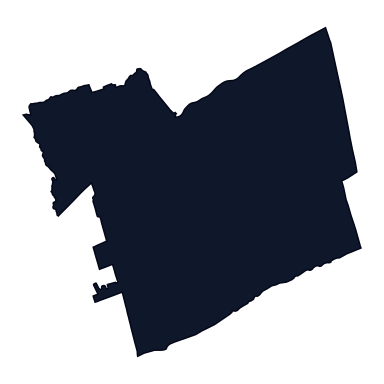 Bac Lieu, Bạc Liêu, Vietnam
{"feature_id": "81297802B6284379291034", "entity_name": "Bac Lieu", "entity_type": "district", "adm_level": 2, "iso_a3": "VNM", "parent_name": "Vietnam", "parent_adm1": "Bạc Liêu", "projection": "orthographic", "projection_center": [105.722, 9.268], "detail": "fine", "context": "isolated", "style": "filled", "palette": "ink", "viewbox_px": 384, "rotation_deg": 0, "n_neighbors": 0, "source": "geoboundaries", "source_scale": "gbopen_adm2", "svg_char_len": 5713}
<svg xmlns="http://www.w3.org/2000/svg" viewBox="0 0 384 384"><path d="M361.0,248.0L360.3,246.2L355.8,230.1L354.2,225.0L351.2,216.1L348.0,205.1L346.1,199.7L343.6,187.6L341.6,180.6L343.5,180.1L347.7,177.9L356.9,171.9L355.4,163.0L355.3,162.4L352.5,150.1L349.9,137.1L348.9,131.2L348.5,129.2L342.7,98.3L340.1,86.0L337.8,75.8L330.6,42.4L329.8,40.7L325.5,27.7L310.2,35.8L300.9,41.1L298.8,42.4L287.3,48.7L280.1,53.0L260.0,64.0L253.6,67.4L246.5,70.9L243.7,72.8L240.7,75.4L239.3,76.9L238.0,78.1L237.2,78.7L236.3,79.3L235.1,79.8L233.8,80.3L232.7,80.5L227.9,80.9L226.9,81.1L225.6,81.5L224.0,82.2L222.9,82.8L221.0,84.1L217.2,86.9L215.7,88.4L211.9,92.7L210.5,94.0L209.2,95.1L206.9,96.6L202.5,98.4L201.7,98.8L198.0,101.3L196.6,101.9L195.1,102.4L192.4,102.9L191.4,103.2L189.4,104.3L187.5,106.1L185.0,108.8L184.2,110.0L183.1,112.4L182.6,113.2L182.1,114.1L181.5,114.8L180.0,116.1L177.9,116.9L175.6,117.4L175.5,114.2L176.3,113.7L175.2,112.5L173.6,113.4L172.8,112.4L171.9,111.8L171.5,111.2L171.3,111.3L171.2,111.3L165.9,104.7L158.6,95.8L158.3,95.3L154.4,90.4L153.6,89.5L152.4,89.6L151.8,88.3L151.0,86.2L150.3,84.1L149.6,80.9L149.0,79.6L148.5,78.0L147.9,75.6L147.9,75.0L146.9,73.8L146.3,73.0L145.7,72.0L145.2,71.8L143.3,71.1L142.5,70.6L140.7,68.8L140.2,68.6L139.7,68.6L138.3,68.9L137.2,69.0L136.9,69.4L136.8,69.8L136.7,71.2L136.5,71.9L135.7,72.8L135.0,73.2L134.0,74.1L133.0,75.2L132.6,75.5L132.1,75.6L131.3,75.5L130.7,75.5L130.2,75.8L129.6,76.4L128.1,78.9L126.8,80.2L126.1,81.1L125.4,83.0L124.9,85.2L124.6,85.5L124.1,85.8L123.6,85.9L122.1,85.8L120.6,85.8L119.7,86.0L115.7,87.6L115.4,84.8L114.1,84.8L112.4,85.0L111.6,83.8L107.2,85.4L103.4,87.1L103.9,88.9L96.5,91.3L92.0,92.5L89.7,87.0L88.9,84.8L88.2,84.9L87.1,85.2L84.9,85.5L83.9,85.7L81.9,86.5L81.0,86.8L78.7,87.2L77.7,87.9L77.0,89.1L75.8,90.2L75.3,90.4L74.6,90.5L73.7,90.4L72.9,90.2L71.2,90.3L70.6,90.4L70.0,90.8L69.3,91.3L68.0,92.5L67.1,92.9L66.3,93.1L65.4,93.1L63.7,93.4L60.9,94.6L59.7,95.4L59.1,95.5L56.9,95.6L56.2,95.7L54.9,96.1L53.7,96.9L52.8,97.2L52.4,97.2L51.3,96.8L50.8,96.9L50.5,97.1L49.2,99.0L48.6,99.5L48.0,99.8L46.8,100.2L46.2,100.4L45.1,101.4L44.7,102.0L44.3,102.0L43.4,102.3L42.3,102.5L41.7,102.5L40.2,102.4L39.6,102.5L39.1,102.6L37.5,103.1L34.6,103.4L32.6,103.8L31.7,103.9L31.0,103.7L30.2,104.6L29.5,105.6L29.2,106.0L29.1,107.0L29.2,107.8L30.1,111.8L30.8,114.6L30.8,114.8L30.6,115.0L29.3,114.9L27.9,114.6L26.4,114.2L23.2,115.0L30.3,123.3L32.1,125.5L32.6,126.4L33.9,129.1L34.1,130.1L34.0,131.3L34.1,131.8L34.6,133.0L34.5,134.5L34.5,135.8L34.4,136.6L34.1,137.1L34.1,137.4L34.3,137.7L35.0,138.5L35.3,138.9L35.6,139.7L35.8,140.9L36.1,141.3L36.9,142.1L38.0,142.9L39.0,143.4L39.6,143.9L39.9,144.2L40.0,144.5L40.0,144.9L39.7,146.1L39.6,146.5L39.7,147.1L40.9,148.4L41.0,148.8L41.1,149.9L41.4,150.6L41.7,150.8L42.5,151.2L43.0,151.8L43.2,152.3L43.2,153.2L42.6,154.7L42.5,155.2L42.5,155.8L42.8,156.5L44.5,159.0L44.6,159.5L44.6,161.0L44.8,161.4L45.3,162.3L45.4,162.7L45.7,164.1L45.8,164.6L46.0,164.9L46.7,165.6L48.4,166.8L49.6,168.2L50.2,169.0L51.1,170.1L52.8,171.5L54.0,172.7L54.9,173.9L55.2,174.6L56.2,177.6L56.9,179.0L56.9,179.3L56.8,179.7L56.5,179.9L56.2,180.0L55.4,179.6L54.9,179.2L53.8,177.7L53.5,177.6L53.2,177.5L52.9,177.7L52.0,178.4L51.9,178.7L52.0,179.5L52.8,181.6L52.8,182.4L52.3,185.2L51.8,186.3L51.8,186.6L52.1,187.1L52.2,187.6L51.9,188.7L52.0,189.9L52.0,190.3L51.9,190.6L51.2,191.3L51.1,191.6L51.9,192.4L52.1,192.8L52.2,193.1L52.4,194.1L52.7,194.9L53.9,195.8L54.1,196.1L54.3,197.1L54.9,197.8L55.5,198.7L55.8,199.6L55.9,200.0L55.8,200.8L55.7,201.1L55.4,201.5L54.9,201.8L54.0,202.2L53.5,202.5L53.3,202.8L53.2,203.1L53.2,203.5L53.5,204.3L53.6,205.0L53.5,205.5L53.0,206.7L53.0,207.5L53.1,208.0L53.4,208.4L54.0,208.8L55.6,209.4L55.8,209.6L56.1,210.0L56.1,210.9L56.3,211.7L56.9,213.0L57.0,213.7L57.1,215.1L58.3,216.0L61.8,212.4L65.5,208.7L72.9,201.2L80.2,193.5L85.1,188.7L91.4,183.0L92.9,186.9L93.8,189.7L95.1,193.0L95.0,194.0L94.3,195.8L94.0,196.2L93.3,196.8L92.9,197.2L92.8,197.7L92.8,198.0L92.9,198.5L93.1,198.9L93.3,199.5L93.3,200.1L93.0,201.2L95.3,208.7L96.7,214.3L97.4,216.4L97.8,216.7L98.4,216.8L100.0,216.9L100.9,219.8L101.7,223.3L102.6,226.5L106.2,239.3L106.7,241.1L97.3,245.3L94.9,246.5L93.2,247.2L96.8,259.9L97.6,262.5L99.5,269.3L105.7,267.0L112.5,264.3L113.7,268.1L115.6,275.0L118.0,282.3L115.7,283.2L115.4,282.4L114.8,282.5L107.4,284.5L107.4,285.2L108.2,287.7L108.3,288.2L108.2,288.3L107.7,288.5L106.5,288.8L106.2,288.8L105.6,287.0L105.4,286.4L105.1,286.1L104.7,285.8L104.0,285.5L102.2,285.9L101.7,286.6L101.7,287.9L101.8,288.9L101.5,289.4L100.8,289.5L100.2,289.3L99.3,288.8L98.6,288.0L96.6,284.0L96.1,283.2L95.8,283.1L95.1,283.4L93.8,284.1L93.6,284.5L93.8,285.5L96.9,291.9L97.9,293.7L97.8,294.0L97.4,294.3L93.2,296.0L93.6,297.6L95.1,302.2L97.5,301.4L99.4,300.6L109.5,296.9L122.2,292.1L123.8,298.1L125.6,305.5L126.5,308.7L127.6,313.8L128.4,316.6L129.6,321.6L130.3,324.1L130.9,326.9L134.5,341.1L137.0,350.4L137.3,351.7L137.4,354.8L137.7,356.3L144.2,353.1L154.6,350.2L160.4,350.2L164.0,349.9L166.1,349.0L167.3,346.2L169.5,344.2L174.3,342.1L195.8,334.5L201.6,331.0L214.5,324.6L230.1,314.0L232.0,312.1L232.3,310.8L232.8,310.6L233.7,311.0L235.8,311.1L237.5,310.3L239.7,308.1L244.0,305.4L247.6,303.4L248.8,301.5L251.0,300.9L253.3,299.4L254.8,296.4L256.2,296.0L257.3,296.3L259.5,294.9L261.3,292.6L262.9,291.0L267.5,288.5L271.7,285.8L276.2,284.7L279.4,283.1L286.4,282.1L292.0,279.6L294.0,277.9L294.8,276.6L296.3,275.8L297.4,276.0L299.4,274.9L305.8,270.4L307.9,269.7L309.2,270.2L310.6,270.2L312.2,269.2L313.7,267.4L315.8,266.0L317.9,265.7L319.6,266.3L320.8,266.2L321.8,265.5L323.4,264.0L324.9,263.2L327.3,262.6L328.8,262.8L330.7,262.3L331.2,260.8L334.2,259.1L336.5,258.1L339.6,257.8L346.3,254.0L361.0,248.0Z" fill="#0f172a" stroke="#020617" stroke-width="1.5"/></svg>